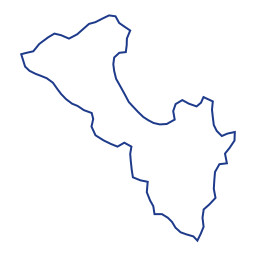 Balneário Camboriú, Santa Catarina, Brazil (Albers equal-area conic projection)
{"feature_id": "56859067B93664630758988", "entity_name": "Balneário Camboriú", "entity_type": "district", "adm_level": 2, "iso_a3": "BRA", "parent_name": "Brazil", "parent_adm1": "Santa Catarina", "projection": "albers", "projection_center": [-48.622, -27.007], "detail": "fine", "context": "isolated", "style": "outline", "palette": "blue", "viewbox_px": 256, "rotation_deg": 0, "n_neighbors": 0, "source": "geoboundaries", "source_scale": "gbopen_adm2", "svg_char_len": 1332}
<svg xmlns="http://www.w3.org/2000/svg" viewBox="0 0 256 256"><path d="M124.8,26.9L119.2,23.0L115.5,16.3L109.1,15.4L103.2,18.2L95.3,22.2L89.0,23.9L84.0,28.3L77.2,34.3L69.0,38.6L61.1,35.2L54.4,33.6L48.2,37.3L39.3,43.9L33.3,51.3L26.6,52.8L21.2,54.2L25.1,66.6L29.5,70.8L35.5,73.8L41.0,75.9L46.7,78.2L52.9,82.7L57.7,89.5L61.2,94.1L66.0,99.1L72.1,103.7L77.7,106.0L83.8,110.1L91.7,113.0L93.2,119.0L91.5,126.6L95.5,135.3L103.6,140.4L111.0,144.0L117.5,146.6L124.3,142.7L131.4,146.6L130.2,154.0L130.8,161.2L131.7,169.6L132.9,177.3L140.3,180.3L147.7,181.8L146.8,192.2L150.1,200.5L153.3,206.2L154.5,214.1L161.9,214.1L167.9,217.8L172.0,221.9L175.5,227.7L180.6,232.3L186.5,234.4L193.4,236.4L197.4,240.6L200.8,233.6L203.6,226.8L202.5,217.7L203.7,209.4L209.3,204.5L215.5,197.9L213.8,188.8L214.3,180.5L215.0,172.0L219.4,164.2L226.9,163.3L225.0,153.6L229.5,148.0L234.5,140.6L234.8,132.0L227.4,133.6L221.8,136.0L216.7,130.9L213.8,125.0L212.8,117.1L212.0,109.8L212.8,101.4L203.5,97.1L201.0,102.7L196.6,106.4L188.9,103.7L182.3,100.1L175.6,104.1L173.2,111.1L174.7,119.6L166.7,124.0L159.8,124.4L153.6,123.0L148.6,120.4L143.3,117.0L138.2,112.1L133.2,106.8L128.8,102.0L125.0,94.8L120.2,86.1L116.1,78.8L114.2,71.1L113.3,64.2L114.2,57.5L119.3,52.8L125.8,52.1L126.7,45.2L126.9,38.5L130.2,30.5L124.8,26.9Z" fill="none" stroke="#1e3a8a" stroke-width="2"/></svg>